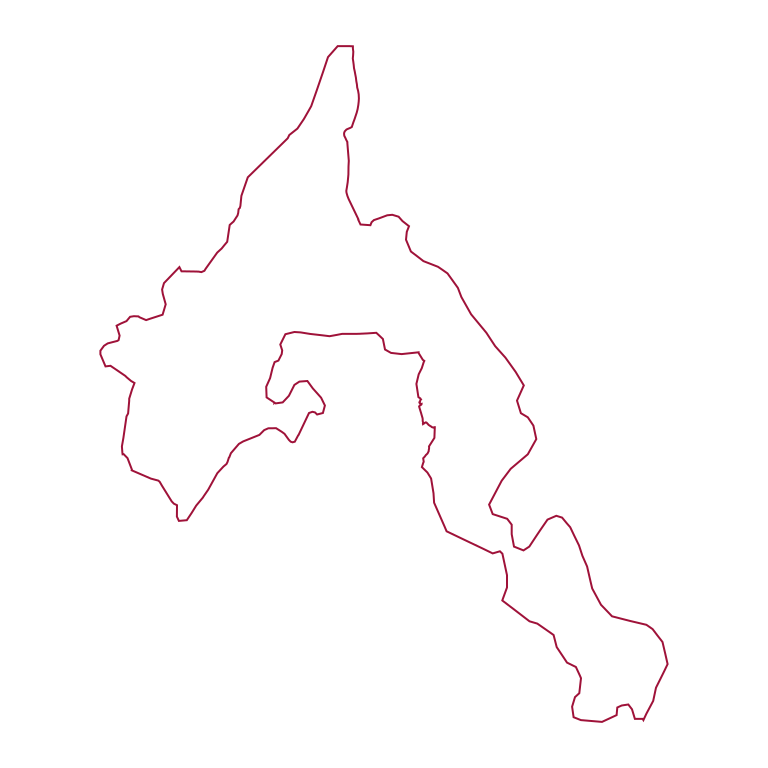 Ibb, Ibb, Yemen (Equal Earth projection)
{"feature_id": "15242507B92318090783838", "entity_name": "Ibb", "entity_type": "district", "adm_level": 2, "iso_a3": "YEM", "parent_name": "Yemen", "parent_adm1": "Ibb", "projection": "equal_earth", "projection_center": [44.175, 13.992], "detail": "fine", "context": "isolated", "style": "outline", "palette": "rose", "viewbox_px": 768, "rotation_deg": 0, "n_neighbors": 0, "source": "geoboundaries", "source_scale": "gbopen_adm2", "svg_char_len": 5529}
<svg xmlns="http://www.w3.org/2000/svg" viewBox="0 0 768 768"><path d="M416.4,383.9L418.4,397.1L418.5,397.2L420.3,398.4L421.0,399.5L420.4,399.9L420.2,400.5L420.1,401.2L419.8,402.3L419.4,402.4L419.5,402.8L419.7,403.1L420.6,403.7L420.7,403.9L421.3,404.0L421.6,403.9L421.6,404.0L421.4,404.5L420.9,404.9L420.5,405.2L420.1,405.2L419.1,406.4L419.1,406.5L419.6,408.2L420.6,411.5L421.1,413.1L421.6,414.9L422.2,416.9L422.4,417.7L422.5,417.9L422.6,418.5L422.7,419.4L422.7,419.8L422.7,420.0L422.7,420.5L422.7,420.9L422.8,421.5L423.1,422.4L422.9,423.7L423.0,424.1L423.4,423.8L423.6,423.7L423.8,423.6L424.0,423.5L424.2,423.4L424.3,423.2L424.5,423.0L424.6,422.9L424.8,422.8L425.0,422.8L425.2,422.7L425.3,422.7L425.5,422.6L425.8,422.5L425.9,422.4L426.1,422.5L426.3,422.5L426.5,422.6L426.6,422.8L427.0,423.1L427.2,423.3L427.3,423.4L427.4,423.6L427.7,423.8L427.8,424.0L428.0,424.2L428.3,424.6L428.6,424.9L428.9,425.1L429.7,425.6L430.2,426.0L430.4,426.1L430.8,426.3L431.1,426.5L431.4,426.7L431.6,426.9L431.8,427.1L432.1,427.2L432.4,427.3L432.7,427.4L433.0,427.5L433.3,427.6L433.7,427.7L434.0,427.6L434.1,427.3L434.2,427.2L434.4,427.2L434.6,427.2L434.8,427.2L434.4,437.9L429.0,446.4L429.1,446.8L429.1,448.0L429.0,449.1L428.8,449.7L428.7,450.8L428.6,451.4L427.9,452.7L427.6,453.4L426.4,454.6L426.0,454.9L424.7,456.7L423.6,457.8L423.2,458.3L423.7,461.8L423.2,462.9L421.9,467.1L427.4,472.5L431.1,478.5L433.5,493.2L434.1,502.7L444.6,526.6L446.6,531.3L461.4,538.4L470.2,542.6L482.2,548.3L492.7,553.4L499.9,551.3L502.4,553.7L507.0,575.2L507.0,587.5L502.8,599.0L502.3,600.5L515.3,610.4L529.5,621.3L537.3,623.6L544.5,628.6L553.6,635.0L556.7,647.1L564.1,658.2L567.0,662.6L575.9,667.0L579.8,675.4L581.0,678.2L579.3,693.2L575.0,697.1L572.1,706.7L573.6,717.2L580.9,720.1L602.0,721.9L616.6,715.1L617.3,707.5L621.7,705.5L628.3,704.5L632.0,709.3L634.9,718.9L642.7,718.9L643.4,720.1L646.4,713.7L653.2,700.9L656.0,687.7L661.0,677.7L664.5,670.6L667.6,664.1L665.2,653.5L662.5,642.0L657.3,635.3L652.6,629.1L646.4,624.8L641.3,623.6L630.3,621.0L624.8,619.6L612.0,616.3L608.7,612.8L601.0,604.8L592.2,588.5L590.6,581.8L587.1,566.5L582.4,555.8L579.0,545.4L574.2,535.6L570.2,527.2L566.8,523.3L562.1,517.6L556.3,515.8L547.5,519.6L540.2,530.2L537.1,534.8L532.8,541.3L529.3,546.6L523.5,550.4L514.0,546.6L511.7,534.2L511.7,524.7L507.2,518.8L492.7,514.1L489.1,504.6L498.0,487.7L501.7,480.7L510.7,468.8L520.5,460.5L527.8,454.3L536.3,439.1L533.4,425.6L527.8,417.3L520.9,413.2L517.0,400.6L523.8,385.4L519.2,377.8L515.7,372.0L511.2,365.7L505.4,357.6L495.2,346.2L491.3,340.3L486.4,332.8L471.1,314.3L467.9,308.6L461.4,297.1L457.9,287.9L452.9,280.9L447.5,273.4L442.1,269.6L438.0,266.8L429.3,263.4L426.7,262.4L423.4,261.1L419.7,258.2L410.9,251.5L406.0,239.7L406.8,231.8L409.0,226.2L402.5,221.1L398.6,216.7L392.3,214.8L387.2,215.3L378.9,218.4L373.9,220.1L371.6,222.2L370.4,225.2L360.5,224.5L358.2,219.6L358.4,219.3L349.0,199.8L348.5,198.7L347.4,195.9L346.5,192.7L346.3,190.9L346.9,187.4L347.7,182.2L348.4,174.6L348.5,166.6L348.8,160.9L348.4,155.9L347.3,142.5L347.4,142.1L346.1,139.6L345.6,138.4L345.1,137.4L344.3,135.8L344.1,134.2L344.1,133.1L344.7,131.4L346.5,129.5L348.5,128.6L350.2,127.9L351.8,127.0L352.2,125.8L353.3,122.5L354.6,119.0L355.7,115.7L356.7,112.7L357.6,109.2L358.3,105.1L358.7,101.7L358.9,98.6L358.7,94.4L358.1,90.8L357.2,87.5L356.9,84.3L356.3,81.1L355.9,77.6L355.3,74.5L354.7,71.2L354.0,68.1L353.7,64.9L353.3,61.8L352.8,58.5L353.1,55.4L353.3,51.7L352.9,48.6L352.9,46.3L348.6,46.1L337.7,46.1L328.0,57.1L323.0,72.1L316.8,90.2L311.2,106.2L308.6,110.8L303.9,119.0L297.4,128.6L289.3,135.0L287.7,138.3L247.8,177.3L241.4,195.8L240.4,205.9L239.8,208.0L239.1,208.6L238.6,209.3L238.2,213.0L237.5,215.5L236.1,217.6L233.6,221.5L231.2,223.6L230.1,224.6L229.7,225.0L227.2,241.8L224.5,245.0L221.5,248.7L221.0,249.1L217.2,252.6L205.7,268.7L204.4,270.8L201.4,272.1L198.5,271.6L194.5,271.5L181.5,271.3L179.4,267.1L164.0,283.1L162.1,289.5L162.8,293.9L165.7,304.3L162.6,314.7L149.9,318.8L146.1,320.1L139.4,317.2L138.5,316.4L133.9,316.2L130.1,316.8L126.5,321.1L120.7,323.6L116.6,325.7L119.6,335.6L118.6,340.1L117.4,340.9L112.3,342.2L107.7,343.4L104.0,345.8L100.4,350.7L100.4,354.3L105.5,366.4L110.5,365.8L125.3,375.9L126.7,377.3L131.1,381.0L134.5,383.0L132.1,389.3L129.2,398.7L129.2,400.8L128.1,413.5L126.5,416.4L125.9,420.6L123.4,437.9L121.9,446.4L122.4,453.0L122.6,454.3L123.6,454.1L127.5,458.1L131.9,469.6L131.7,470.3L141.4,474.5L150.9,478.6L158.3,480.6L159.7,481.8L161.9,485.6L169.9,498.5L171.7,501.4L173.9,503.7L177.0,505.2L176.9,516.6L178.9,520.9L186.8,520.2L191.6,513.0L196.2,505.6L203.1,497.3L203.3,496.8L208.2,489.7L217.3,473.2L223.4,466.6L226.5,464.0L227.5,462.0L228.9,457.6L229.3,457.3L230.9,453.2L238.9,443.9L243.2,441.4L259.4,434.9L264.2,430.1L268.3,428.3L276.1,428.2L281.9,431.9L284.5,433.8L288.9,439.9L290.7,441.7L292.6,442.3L294.8,441.7L298.2,435.3L298.5,435.1L309.0,413.0L312.4,411.8L315.0,412.4L317.1,414.5L322.9,413.0L324.9,405.5L321.1,397.7L312.8,388.4L307.4,381.0L299.4,381.6L294.4,384.9L288.9,395.8L282.7,402.4L275.6,403.4L274.5,402.6L274.3,402.8L274.3,402.5L266.6,397.4L266.2,386.8L270.1,378.1L272.6,367.8L274.6,362.1L278.4,360.6L281.7,354.1L282.2,350.4L280.3,344.5L285.4,334.2L294.4,332.0L300.6,332.4L309.9,333.9L322.2,335.3L329.6,336.2L336.8,334.9L342.0,333.9L354.5,333.9L359.0,333.8L367.4,333.4L376.3,332.8L379.0,335.3L382.9,339.0L384.4,346.5L385.0,349.5L391.0,352.9L396.3,353.5L401.6,354.1L414.9,352.7L418.6,352.3L418.6,353.0L422.8,359.8L424.3,360.9L423.6,362.4L423.6,362.5L421.8,368.1L418.7,374.3L416.4,383.9Z" fill="none" stroke="#9f1239" stroke-width="2"/></svg>